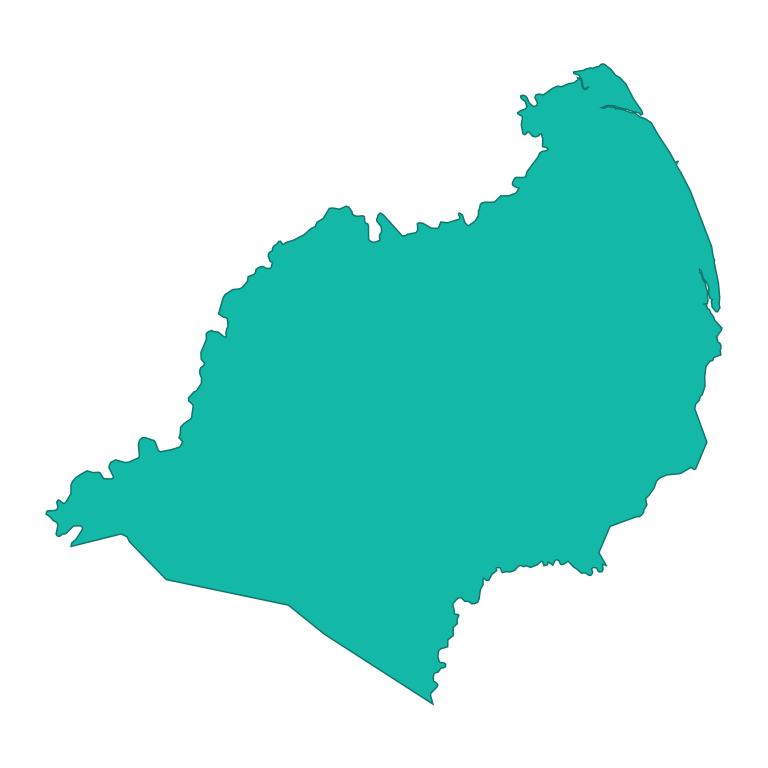 Los Santos, Los Santos, Panama (orthographic projection)
{"feature_id": "35544464B37461869790758", "entity_name": "Los Santos", "entity_type": "district", "adm_level": 2, "iso_a3": "PAN", "parent_name": "Panama", "parent_adm1": "Los Santos", "projection": "orthographic", "projection_center": [-80.429, 7.876], "detail": "fine", "context": "isolated", "style": "filled", "palette": "teal", "viewbox_px": 768, "rotation_deg": 0, "n_neighbors": 0, "source": "geoboundaries", "source_scale": "gbopen_adm2", "svg_char_len": 6033}
<svg xmlns="http://www.w3.org/2000/svg" viewBox="0 0 768 768"><path d="M280.4,241.2L278.7,241.5L276.9,244.0L273.7,246.1L272.5,248.2L272.4,250.9L269.5,252.2L268.4,254.1L268.3,256.2L270.1,261.3L272.4,262.5L271.1,267.8L269.6,268.4L266.1,268.3L263.1,266.5L260.4,266.8L257.4,268.4L255.9,269.7L255.6,272.3L253.8,274.5L248.1,276.7L247.7,280.4L246.7,282.4L241.7,287.9L239.3,288.9L232.7,289.6L225.4,294.4L223.4,297.1L218.5,313.9L223.5,317.1L226.6,317.9L227.4,319.1L228.1,326.2L226.7,329.1L225.8,333.0L226.3,336.3L225.5,337.1L224.1,336.9L218.2,332.0L214.0,331.7L211.9,330.5L208.2,331.7L206.2,333.8L206.4,339.2L200.9,352.7L201.2,359.2L204.5,363.4L203.8,365.4L200.7,367.8L199.7,370.6L199.9,373.8L201.5,378.1L201.4,383.3L196.6,390.8L193.9,391.9L188.5,398.0L188.9,401.1L192.0,403.8L193.2,405.9L191.6,417.4L190.5,419.1L184.0,423.6L180.6,427.1L180.2,434.3L179.0,437.8L182.7,441.6L180.4,446.2L178.5,447.5L171.6,449.6L160.3,451.8L158.2,450.2L155.4,442.4L154.1,440.6L145.1,437.6L142.0,437.9L139.5,440.3L138.4,444.9L139.4,455.7L138.7,457.7L128.7,462.2L124.8,462.5L115.6,459.9L111.0,462.2L109.3,465.2L109.0,467.8L113.5,477.0L112.9,478.2L111.1,479.0L103.6,478.6L100.1,472.9L98.8,472.3L92.7,472.6L87.1,470.8L81.0,474.2L75.6,477.8L72.4,481.6L71.0,485.1L71.0,493.6L66.0,502.1L64.7,503.2L63.2,503.4L59.1,500.1L58.0,500.1L56.7,502.2L58.0,507.2L57.0,509.3L54.8,510.5L47.6,510.8L46.6,511.9L46.1,514.1L50.2,516.9L53.1,520.5L55.8,521.8L57.5,523.5L57.8,526.0L56.1,533.9L56.7,535.3L58.1,536.2L59.6,536.3L62.8,533.9L64.7,534.0L66.3,533.2L73.5,526.0L80.4,525.8L82.2,526.9L82.6,528.4L81.6,530.7L76.0,539.3L71.7,543.0L71.1,546.4L121.0,534.0L127.0,536.7L129.5,541.8L166.3,579.6L288.3,605.1L324.7,634.4L432.9,704.1L430.5,695.3L430.8,693.3L437.0,687.0L437.8,685.1L436.6,683.1L433.5,681.0L433.3,677.0L434.0,673.4L438.3,672.0L440.7,668.3L444.9,667.3L445.7,665.7L445.7,664.3L444.5,663.1L440.2,662.4L439.1,661.2L437.9,656.5L438.4,652.0L439.2,650.2L441.0,648.7L447.7,646.8L447.9,639.8L453.2,635.6L453.2,627.3L457.2,623.8L457.1,619.1L458.9,615.5L458.2,614.5L454.4,614.2L454.4,611.2L452.8,604.8L453.6,602.8L457.6,598.4L459.4,597.7L461.6,597.8L464.6,601.2L468.8,601.5L471.7,603.8L474.7,603.6L477.6,602.3L479.1,599.0L480.4,589.5L483.1,584.7L483.0,579.0L484.0,578.3L486.3,580.3L488.7,580.4L492.1,574.1L496.7,570.7L496.2,568.1L497.2,567.5L500.5,567.9L501.6,571.7L502.5,572.6L505.5,571.7L510.6,571.9L514.7,570.4L518.7,565.8L521.5,565.5L523.2,566.7L526.3,565.8L530.7,567.4L537.4,564.7L541.6,561.1L542.5,561.7L544.1,565.8L547.4,564.7L548.3,561.9L552.8,565.2L555.2,560.2L557.0,559.6L559.2,561.1L560.3,563.8L561.2,564.5L564.0,564.0L568.1,561.2L573.7,567.1L577.0,569.2L581.4,573.1L585.4,572.9L588.9,575.3L590.8,575.3L592.2,573.5L592.6,572.0L591.5,568.7L593.2,567.5L596.6,567.9L598.2,571.2L599.4,572.0L602.0,571.6L603.1,569.3L602.5,564.4L605.4,565.0L606.7,566.2L598.9,552.7L610.0,526.4L636.5,516.7L639.3,516.6L641.2,515.5L643.7,512.2L643.8,510.0L646.9,504.9L645.6,498.6L648.6,495.7L654.1,488.2L656.5,481.1L659.8,477.9L667.0,474.9L679.2,473.7L681.8,472.9L690.9,467.3L694.1,469.5L695.7,468.8L706.9,442.1L694.8,408.8L695.6,404.3L699.4,400.1L700.3,396.4L702.3,394.5L705.0,386.1L704.7,376.4L706.0,366.2L710.0,361.2L712.7,360.4L713.7,357.6L720.8,354.9L720.2,350.4L721.0,347.9L720.9,345.3L719.8,343.2L717.9,342.0L716.8,337.5L717.5,335.5L721.2,330.6L721.9,328.1L714.5,320.0L713.9,317.4L710.6,312.8L709.4,309.6L707.5,308.6L706.4,304.9L703.3,304.0L707.3,303.7L708.0,300.0L707.4,295.4L707.8,292.6L706.3,289.0L705.6,284.2L702.6,278.8L701.5,274.3L699.7,272.3L699.4,270.7L699.6,269.3L701.0,270.6L703.4,278.4L707.5,283.7L708.6,287.2L708.7,293.8L710.1,298.4L712.5,299.5L711.4,300.9L712.0,306.8L715.8,311.6L717.6,311.8L719.9,307.7L719.1,304.4L719.7,297.8L718.5,283.5L714.2,262.4L714.6,259.9L713.4,257.8L711.6,246.5L690.2,190.6L681.0,172.7L676.3,165.1L677.3,162.1L678.5,160.9L675.9,162.4L674.7,161.8L670.1,153.0L658.4,135.2L651.2,122.7L645.4,118.9L641.5,117.3L640.5,117.4L634.5,112.9L630.6,112.8L624.0,110.0L617.0,108.4L615.8,108.9L615.4,107.8L609.1,106.6L607.4,106.6L603.7,108.4L601.4,107.7L606.8,105.6L612.2,105.5L621.5,108.3L627.7,109.4L629.2,110.4L639.1,113.0L640.7,115.0L642.7,113.9L641.6,110.6L633.7,99.1L625.7,83.8L619.9,77.7L615.3,75.0L611.2,69.6L604.7,64.5L602.8,63.9L600.7,64.6L599.1,66.5L596.4,66.8L592.9,68.3L590.9,67.9L586.3,68.9L583.4,70.4L573.8,71.9L573.6,72.9L574.3,73.7L578.6,75.0L581.8,79.6L583.4,87.9L585.4,88.9L587.7,87.1L589.5,87.1L588.0,87.4L586.2,89.3L584.4,89.4L583.1,88.4L582.0,86.1L581.4,80.9L579.5,78.5L577.5,77.7L578.3,79.5L573.8,82.8L568.8,83.6L561.0,86.9L557.6,86.1L552.6,88.3L543.7,94.7L538.2,94.1L535.9,95.0L534.9,97.5L537.5,103.0L536.8,105.2L535.6,106.2L533.1,106.3L530.8,104.4L528.7,102.0L527.1,97.8L525.8,96.3L523.5,95.3L521.0,95.6L520.6,97.3L522.5,99.7L525.2,101.4L526.9,106.6L525.8,108.7L520.3,110.9L517.5,112.8L518.2,114.1L521.6,115.9L522.6,117.1L521.3,124.5L523.0,133.8L524.9,134.7L527.8,132.1L528.8,131.9L532.6,136.2L535.8,136.8L538.0,136.1L540.0,134.1L541.5,133.8L542.8,139.2L542.5,146.6L547.4,147.9L548.1,149.3L546.4,150.7L542.0,151.4L539.5,153.5L538.1,156.9L527.1,171.5L525.6,176.8L523.2,177.5L516.3,177.4L514.6,178.3L512.5,182.5L512.5,184.6L514.6,186.6L519.0,188.2L516.3,192.9L508.6,195.8L500.6,195.9L494.4,202.2L484.9,202.2L481.6,203.0L480.2,204.9L479.4,209.0L478.4,210.9L478.4,215.3L477.7,217.1L474.9,221.2L468.5,225.7L467.1,225.1L464.9,222.5L462.3,214.7L459.2,213.0L458.4,213.8L459.9,217.6L459.2,219.2L447.6,222.8L440.8,222.0L438.7,227.3L437.5,228.4L431.3,228.1L422.7,223.2L419.0,222.8L417.3,223.8L417.8,229.8L416.0,232.7L408.1,234.1L405.0,235.8L402.3,236.0L383.6,215.1L380.2,213.0L378.2,215.0L376.6,219.8L377.0,221.4L381.2,226.7L381.6,231.7L379.5,235.2L379.8,240.3L375.3,242.1L372.6,242.2L369.9,240.9L368.6,239.1L368.5,225.9L367.8,224.0L365.8,223.1L364.7,221.4L364.4,216.7L362.9,215.8L357.1,216.3L354.6,215.7L352.4,214.1L352.0,211.8L349.0,207.3L346.3,206.2L339.4,209.2L332.7,208.0L329.3,208.4L323.2,218.5L317.2,222.1L315.1,226.7L310.8,228.7L304.3,234.6L293.5,240.2L286.2,242.4L283.1,244.6L280.4,241.2Z" fill="#14b8a6" stroke="#0f766e" stroke-width="1.5"/></svg>